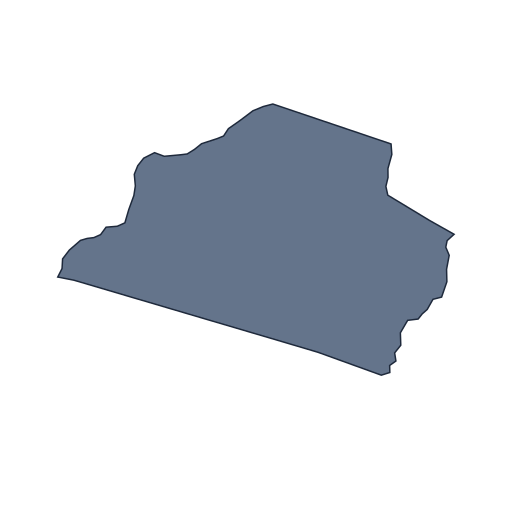 Itaquitinga, Pernambuco, Brazil (Robinson projection), rotated 167°
{"feature_id": "56859067B86839923199857", "entity_name": "Itaquitinga", "entity_type": "district", "adm_level": 2, "iso_a3": "BRA", "parent_name": "Brazil", "parent_adm1": "Pernambuco", "projection": "robinson", "projection_center": [-35.032, -7.681], "detail": "fine", "context": "isolated", "style": "filled", "palette": "slate", "viewbox_px": 512, "rotation_deg": 167, "n_neighbors": 0, "source": "geoboundaries", "source_scale": "gbopen_adm2", "svg_char_len": 880}
<svg xmlns="http://www.w3.org/2000/svg" viewBox="0 0 512 512"><g transform="rotate(167 256 256)"><path d="M58.1,232.6L79.0,251.7L113.9,285.6L113.8,294.6L109.7,302.8L107.8,311.5L100.8,324.4L99.2,334.8L205.4,400.3L215.3,400.0L226.3,398.2L240.9,391.7L254.2,386.3L260.6,380.2L267.5,379.1L283.7,377.7L292.0,373.7L300.1,370.9L306.8,371.6L323.0,373.8L331.6,379.5L343.4,376.6L350.9,370.6L356.2,363.0L357.8,351.4L361.4,342.4L369.5,329.9L376.3,317.8L384.5,316.2L395.6,317.8L402.6,311.8L409.8,310.4L416.6,311.1L423.5,310.7L436.5,303.8L445.1,296.7L447.8,287.4L453.9,280.1L438.9,273.4L246.3,164.7L217.2,148.2L160.7,111.7L151.8,112.4L150.4,119.3L143.3,122.2L142.7,130.4L135.0,136.5L132.6,148.7L122.7,159.2L112.2,158.1L107.1,162.2L101.2,165.4L93.3,174.0L84.4,174.2L75.8,188.0L73.3,200.2L67.6,213.2L69.1,221.9L66.3,228.0L58.1,232.6Z" fill="#64748b" stroke="#1e293b" stroke-width="1.5"/></g></svg>